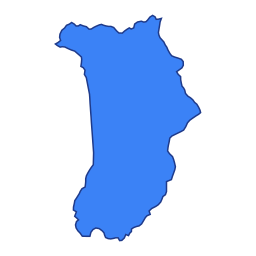 the district of Guapimirim, Rio de Janeiro, Brazil
{"feature_id": "56859067B76687286499853", "entity_name": "Guapimirim", "entity_type": "district", "adm_level": 2, "iso_a3": "BRA", "parent_name": "Brazil", "parent_adm1": "Rio de Janeiro", "projection": "mercator", "projection_center": [-42.966, -22.59], "detail": "fine", "context": "isolated", "style": "filled", "palette": "blue", "viewbox_px": 256, "rotation_deg": 0, "n_neighbors": 0, "source": "geoboundaries", "source_scale": "gbopen_adm2", "svg_char_len": 2448}
<svg xmlns="http://www.w3.org/2000/svg" viewBox="0 0 256 256"><path d="M161.4,18.4L158.4,19.2L156.2,19.3L155.1,16.9L152.6,15.4L149.9,17.1L147.6,20.1L146.0,21.7L143.8,22.1L141.3,21.2L137.5,22.0L134.7,24.0L133.7,27.9L131.2,29.0L129.3,27.9L126.7,29.5L124.6,31.0L122.3,33.1L118.9,33.0L116.7,31.0L113.7,27.5L110.9,26.4L108.5,26.4L105.8,25.9L103.4,25.2L101.5,24.4L99.3,24.9L96.2,26.2L93.6,27.5L91.3,29.0L89.1,29.2L86.4,26.7L83.3,25.9L80.2,24.7L78.4,25.9L76.1,26.0L74.3,24.1L71.6,22.5L69.4,24.1L66.5,25.3L64.6,28.0L61.8,30.3L60.0,34.1L59.6,37.3L60.6,40.5L57.9,42.6L55.4,44.0L57.3,45.5L60.1,47.1L62.3,46.7L64.9,47.0L67.7,48.4L71.3,50.0L74.7,51.1L77.1,53.2L79.8,55.5L81.4,57.0L81.7,59.4L81.4,63.0L80.9,66.4L83.3,67.7L85.0,70.2L84.4,74.4L86.3,77.6L89.5,94.1L89.8,98.0L90.1,103.6L90.4,107.6L90.6,110.8L91.1,117.5L91.4,122.4L92.1,131.7L93.6,152.8L93.3,164.7L91.1,167.7L89.6,170.0L88.0,172.7L86.4,175.8L85.7,178.8L85.7,181.6L85.5,183.9L85.1,187.0L82.0,188.7L80.3,191.3L79.3,193.6L78.0,195.7L76.5,198.1L74.8,200.6L74.3,203.5L73.5,207.0L73.4,210.0L76.4,211.8L74.7,216.3L76.9,218.2L78.5,219.9L76.5,221.5L75.5,224.9L76.1,227.9L77.9,230.8L80.2,233.2L82.3,236.2L86.3,236.3L89.9,236.3L90.9,232.3L93.0,229.5L95.8,228.0L99.2,228.6L102.4,231.0L104.0,232.9L104.6,235.1L105.6,237.5L108.1,238.6L110.7,238.9L113.5,238.4L115.7,237.8L118.1,237.8L119.6,240.6L121.8,240.4L124.3,238.0L125.8,234.5L128.5,235.6L129.8,233.1L131.4,231.6L131.5,229.0L133.8,227.5L136.5,226.5L139.1,225.9L141.6,223.9L143.6,220.6L145.4,217.5L147.1,215.7L150.2,214.4L149.1,211.0L151.7,208.5L155.8,206.4L158.3,204.7L160.7,202.0L162.0,199.0L162.9,196.5L165.4,194.7L166.5,191.5L166.5,188.4L166.5,184.7L166.5,181.6L171.4,179.6L172.5,176.1L173.6,173.1L174.8,169.7L175.4,166.7L174.5,162.7L173.6,159.5L172.5,156.6L169.5,153.7L167.6,151.0L168.0,147.5L168.4,145.2L169.2,141.6L169.8,138.1L171.9,136.0L175.1,134.4L178.0,133.0L180.9,131.6L183.6,130.1L185.7,126.8L187.5,122.8L189.7,120.3L192.0,118.6L194.2,117.1L196.1,115.8L198.6,114.3L200.6,112.6L200.0,110.2L198.6,107.2L196.8,104.2L194.6,102.4L192.8,99.8L190.5,97.8L187.9,96.2L185.5,93.4L184.7,90.0L183.6,88.0L182.0,86.1L181.3,83.1L180.7,79.9L180.6,76.6L178.2,74.4L176.6,71.7L179.0,70.0L181.9,67.9L183.3,65.3L183.2,61.6L181.4,59.3L178.1,58.1L174.5,57.0L171.7,55.8L169.9,53.5L167.9,49.9L166.8,47.2L165.2,44.9L163.8,41.9L162.0,39.9L160.0,37.7L158.9,35.1L158.4,32.5L158.9,29.5L159.5,25.9L160.1,21.9L161.4,18.4Z" fill="#3b82f6" stroke="#1e3a8a" stroke-width="1.5"/></svg>